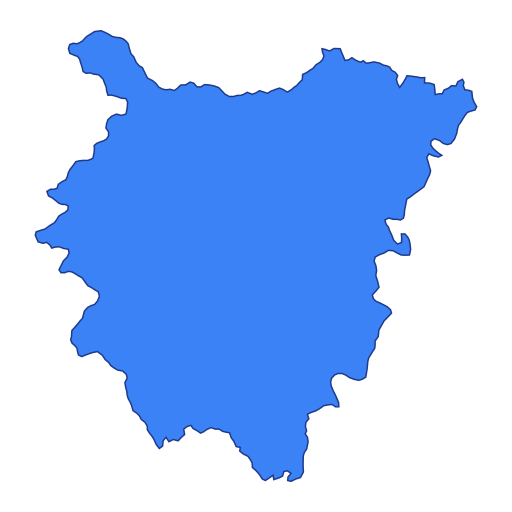 Dores do Indaiá, Minas Gerais, Brazil
{"feature_id": "56859067B54382916389320", "entity_name": "Dores do Indaiá", "entity_type": "district", "adm_level": 2, "iso_a3": "BRA", "parent_name": "Brazil", "parent_adm1": "Minas Gerais", "projection": "mercator", "projection_center": [-45.547, -19.504], "detail": "fine", "context": "isolated", "style": "filled", "palette": "blue", "viewbox_px": 512, "rotation_deg": 0, "n_neighbors": 0, "source": "geoboundaries", "source_scale": "gbopen_adm2", "svg_char_len": 5535}
<svg xmlns="http://www.w3.org/2000/svg" viewBox="0 0 512 512"><path d="M409.5,255.0L410.6,249.4L410.1,244.5L409.3,240.4L407.8,237.2L405.0,234.0L401.4,233.9L401.7,238.5L401.5,242.5L397.4,244.0L393.8,240.4L391.6,234.8L389.6,230.6L388.4,227.1L386.2,224.3L384.8,220.1L388.6,218.0L393.1,219.3L396.9,219.3L400.5,220.0L403.4,218.2L404.3,214.7L404.6,210.1L405.4,206.4L406.0,203.0L406.8,199.1L410.6,196.7L414.1,193.9L417.4,191.6L420.5,189.3L424.0,186.7L426.1,182.1L428.1,177.6L429.6,174.6L430.6,170.9L429.4,166.7L428.1,161.9L426.7,157.6L428.8,153.9L433.7,155.9L438.4,157.0L441.8,155.3L438.8,153.4L435.7,150.8L432.9,148.2L430.8,145.0L430.9,141.3L434.5,138.7L439.5,140.5L443.4,143.5L447.4,144.6L451.0,143.5L454.5,139.1L456.7,133.4L457.5,128.9L458.6,125.2L461.0,121.9L462.9,118.7L464.9,115.6L467.4,112.4L471.2,111.0L475.0,110.0L476.7,106.7L474.1,102.3L472.5,97.9L471.8,91.4L468.4,90.2L464.9,89.8L463.3,85.7L463.9,82.1L462.4,79.3L457.9,81.7L455.9,86.0L451.4,85.7L448.6,88.1L444.1,90.0L442.3,93.7L438.4,93.9L435.2,94.6L434.9,90.5L434.2,84.6L430.1,83.2L424.5,82.8L424.7,77.6L421.2,77.8L416.6,76.9L411.5,76.2L407.0,75.7L405.5,78.8L402.8,83.2L399.7,87.4L397.4,83.2L396.4,79.3L397.7,75.5L395.1,72.2L391.6,70.3L389.7,67.1L386.7,65.8L383.5,65.2L379.6,63.1L373.8,61.9L369.5,62.8L366.2,63.2L363.3,60.7L360.4,62.2L356.1,60.4L351.9,57.7L348.5,59.9L344.9,60.4L343.5,56.8L341.8,52.9L340.2,48.7L334.0,48.5L329.5,51.0L325.2,49.4L322.0,48.7L322.6,52.4L323.9,55.9L322.7,59.4L320.1,62.2L316.0,64.8L313.1,68.3L309.7,70.4L306.5,72.7L302.6,74.4L302.3,79.7L298.9,83.0L296.8,85.5L294.2,87.2L291.5,89.6L287.4,92.1L282.8,89.4L279.5,88.1L275.3,89.5L270.7,91.3L267.5,93.3L263.6,92.0L259.5,90.7L256.1,92.8L252.3,94.3L247.1,92.3L243.8,94.3L240.7,95.4L237.3,95.4L233.7,96.5L229.2,96.5L224.9,94.1L221.6,90.6L218.7,87.6L213.6,85.8L208.8,84.9L204.6,84.6L200.5,87.0L196.7,86.7L193.8,83.2L190.0,82.1L185.8,84.8L180.6,85.1L177.1,88.6L174.3,90.5L170.2,89.3L166.0,89.8L162.2,89.0L158.6,87.0L155.9,83.4L152.5,80.6L147.5,78.1L145.4,73.9L143.9,70.8L142.4,67.6L139.1,65.7L136.2,62.4L133.8,56.9L131.0,53.8L129.4,48.7L128.2,43.8L126.1,41.2L123.2,38.9L119.8,37.7L115.5,37.3L112.3,36.5L108.6,34.2L105.0,32.4L101.1,30.7L94.5,31.6L90.6,34.1L87.6,35.9L85.2,37.9L82.6,40.9L79.8,42.6L76.9,43.8L73.2,43.3L69.8,44.5L68.4,48.5L69.8,53.3L74.2,55.2L77.5,56.4L79.6,59.1L80.5,62.4L82.0,66.9L83.1,71.5L86.1,73.3L90.2,72.9L93.6,74.1L98.7,74.8L103.1,79.1L104.8,83.7L106.2,87.0L106.6,90.6L107.9,95.2L111.7,95.1L116.7,96.5L121.4,98.2L125.9,98.6L127.6,102.1L127.2,107.9L126.0,114.0L121.4,115.4L116.5,114.1L111.7,116.2L107.9,119.7L106.6,123.8L105.9,128.0L108.5,131.7L108.6,135.8L106.7,138.9L103.6,140.8L100.5,141.8L96.8,143.3L94.2,145.5L94.4,148.8L94.0,153.2L92.9,158.3L88.0,160.4L83.3,160.4L79.5,160.8L75.9,161.6L72.9,165.8L70.0,169.4L68.3,172.8L67.3,176.6L65.9,179.7L62.0,181.7L58.3,184.3L57.0,188.4L53.8,189.3L50.6,189.2L46.9,191.4L48.5,195.9L52.3,197.9L55.0,200.0L58.8,203.2L62.1,204.4L65.5,204.5L68.2,206.0L67.9,209.9L64.8,212.6L62.0,214.0L58.8,216.1L56.6,219.8L54.2,222.9L50.0,225.4L45.1,229.0L40.7,230.3L36.2,231.8L35.3,235.2L36.5,238.2L38.2,241.9L43.1,243.3L46.6,242.3L49.9,245.0L51.8,248.1L55.0,247.1L59.3,246.8L63.9,248.5L68.3,249.2L69.1,252.9L67.3,256.9L63.5,260.8L61.0,265.8L59.0,269.7L61.0,272.7L64.8,272.7L68.1,271.4L71.7,271.8L75.2,273.7L78.5,275.8L81.8,277.6L83.9,280.2L85.9,283.2L88.0,285.8L91.7,287.7L95.3,290.1L98.3,291.8L99.4,296.2L97.5,301.1L94.4,304.6L91.1,305.6L87.6,307.5L84.4,311.1L83.3,315.1L82.5,318.3L80.1,320.9L77.6,324.0L75.3,326.8L71.9,330.5L71.5,336.5L70.7,339.8L72.0,343.1L75.0,345.8L77.0,348.2L77.6,351.9L78.5,355.0L81.8,356.6L85.1,355.2L89.4,353.6L93.6,352.3L97.5,351.6L102.3,355.2L105.2,359.6L108.5,362.3L110.8,365.6L114.4,368.2L117.8,370.1L122.6,371.0L126.3,374.3L127.2,378.0L124.9,382.7L125.7,387.3L126.7,391.1L127.2,395.2L128.3,398.9L130.0,401.7L131.7,405.8L133.0,410.6L137.3,413.6L139.6,416.1L141.2,419.4L144.9,422.2L147.3,426.1L147.3,429.6L149.5,433.1L152.3,436.7L154.3,440.1L156.1,444.3L159.3,448.5L162.6,446.1L163.1,440.8L166.0,437.3L169.0,441.7L173.2,439.5L178.2,440.8L181.2,437.5L184.6,434.5L183.7,429.1L187.3,426.4L190.9,425.4L193.1,428.5L197.6,431.0L200.5,433.1L203.4,431.9L206.5,429.7L211.0,427.6L215.3,429.1L219.3,429.1L222.5,431.3L225.8,432.1L229.6,432.8L231.1,437.5L233.9,441.4L236.2,446.6L240.3,447.4L239.7,451.0L243.1,453.9L248.0,456.3L250.5,459.9L252.2,463.1L252.4,467.5L256.2,470.8L259.7,474.9L262.3,479.0L265.4,480.5L268.4,478.5L273.1,475.2L273.8,479.6L279.2,477.8L282.6,476.1L283.8,471.6L287.3,470.8L291.0,473.3L288.0,477.1L287.7,480.5L291.1,481.3L295.8,479.0L300.5,477.5L303.4,472.0L303.1,466.4L303.1,462.8L303.3,455.9L304.3,452.5L306.7,448.9L308.1,441.7L307.4,437.1L305.2,433.9L306.6,430.8L305.4,426.4L305.9,422.4L308.8,418.7L307.4,414.2L311.0,412.5L315.5,411.0L318.4,409.4L321.1,407.6L323.7,405.7L328.3,404.8L332.2,404.5L335.5,406.8L338.8,406.8L338.6,402.6L336.8,398.2L335.1,394.5L333.0,390.3L331.2,385.9L330.6,382.2L331.7,378.0L334.8,374.8L337.9,373.5L342.2,373.5L345.6,375.0L349.7,377.7L354.1,379.3L358.6,380.3L362.2,379.3L365.8,377.1L367.0,369.6L367.5,364.8L367.8,361.4L368.8,357.7L371.1,354.0L372.8,351.2L374.7,348.4L375.1,345.1L375.1,341.0L378.2,336.6L378.9,330.1L381.5,325.4L384.2,320.7L387.7,317.2L391.5,313.1L390.5,309.7L387.1,306.7L383.0,304.5L379.4,302.7L376.1,301.3L373.6,299.1L372.3,294.9L375.6,291.4L379.0,287.3L377.6,281.3L375.8,275.5L376.6,270.5L375.9,265.7L374.1,261.1L375.2,257.0L379.6,254.6L383.9,253.1L388.4,250.4L393.1,250.7L397.7,253.3L401.2,255.0L405.2,255.2L409.5,255.0Z" fill="#3b82f6" stroke="#1e3a8a" stroke-width="1.5"/></svg>